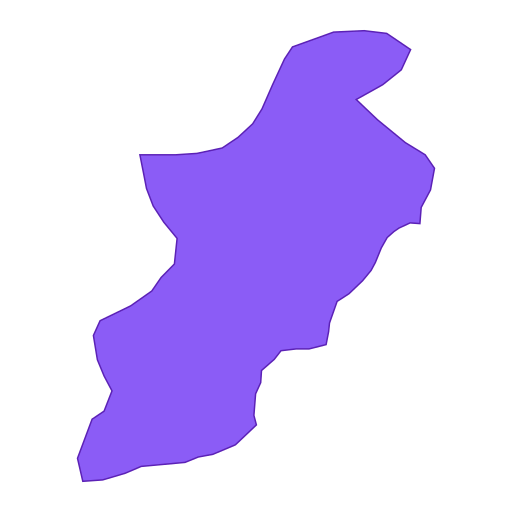 the district of Sotira Ammochostou, Famagusta, Cyprus
{"feature_id": "46923920B54851998924598", "entity_name": "Sotira Ammochostou", "entity_type": "district", "adm_level": 2, "iso_a3": "CYP", "parent_name": "Cyprus", "parent_adm1": "Famagusta", "projection": "natural_earth1", "projection_center": [33.936, 35.008], "detail": "fine", "context": "isolated", "style": "filled", "palette": "violet", "viewbox_px": 512, "rotation_deg": 0, "n_neighbors": 0, "source": "geoboundaries", "source_scale": "gbopen_adm2", "svg_char_len": 980}
<svg xmlns="http://www.w3.org/2000/svg" viewBox="0 0 512 512"><path d="M410.6,49.6L386.7,33.4L364.2,30.7L333.6,32.1L292.5,46.9L284.5,59.0L272.6,84.7L262.0,108.9L252.7,123.8L238.1,137.3L222.2,148.0L197.0,153.4L175.7,154.8L139.9,154.8L143.9,175.0L146.5,188.5L153.2,206.0L163.8,222.2L177.1,238.4L174.4,264.0L161.1,277.5L151.8,291.0L130.6,305.9L100.1,320.7L93.4,335.5L97.4,359.8L104.1,376.0L112.0,390.9L104.1,411.1L92.1,419.2L77.5,458.3L82.8,481.3L102.7,479.9L125.3,473.2L141.2,466.4L185.0,462.4L198.3,457.0L212.9,454.3L235.4,444.8L256.4,424.9L253.9,415.4L255.6,393.8L260.7,382.6L261.5,370.5L274.3,359.3L281.0,350.7L296.3,348.9L309.1,348.9L326.1,344.6L328.6,331.7L329.5,323.0L337.1,301.4L349.0,293.7L362.6,280.7L371.1,270.4L375.3,262.6L381.3,247.9L387.2,237.5L394.0,231.5L399.1,228.0L410.1,222.9L419.9,223.6L421.2,207.4L430.5,189.9L434.5,168.3L425.2,154.8L405.3,142.6L377.4,119.7L356.2,99.5L382.7,84.7L401.3,69.8L410.6,49.6Z" fill="#8b5cf6" stroke="#5b21b6" stroke-width="1.5"/></svg>